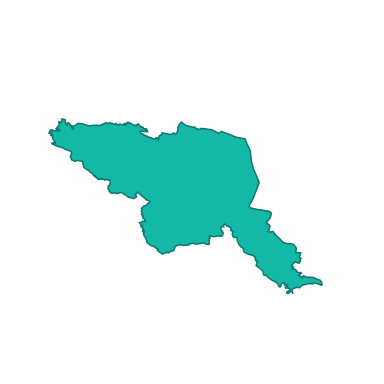 outline of Kudus, Jawa Tengah, Indonesia, rotated 291°
{"feature_id": "22746128B61967707401144", "entity_name": "Kudus", "entity_type": "district", "adm_level": 2, "iso_a3": "IDN", "parent_name": "Indonesia", "parent_adm1": "Jawa Tengah", "projection": "equal_earth", "projection_center": [110.867, -6.798], "detail": "fine", "context": "isolated", "style": "filled", "palette": "teal", "viewbox_px": 384, "rotation_deg": 291, "n_neighbors": 0, "source": "geoboundaries", "source_scale": "gbopen_adm2", "svg_char_len": 6069}
<svg xmlns="http://www.w3.org/2000/svg" viewBox="0 0 384 384"><g transform="rotate(291 192 192)"><path d="M132.7,322.4L133.9,322.2L134.5,321.9L135.0,321.3L135.4,320.9L135.6,320.3L137.8,321.0L139.4,322.2L139.5,322.9L140.5,323.8L140.5,324.6L141.1,325.2L141.1,326.8L144.4,328.2L148.2,333.6L149.4,337.4L150.5,338.3L151.2,339.8L151.4,342.8L151.2,345.8L151.6,346.5L152.3,346.6L152.3,346.3L153.5,345.9L155.6,343.3L155.4,339.2L155.7,336.3L155.4,334.8L153.7,330.1L153.7,326.1L151.3,326.0L152.2,325.2L151.9,324.0L152.2,323.5L151.9,323.4L152.2,321.3L155.5,323.2L155.8,322.3L155.1,321.2L155.0,318.0L156.0,317.7L156.4,317.2L156.9,314.3L156.2,313.9L156.3,312.9L158.4,313.3L158.3,312.7L159.7,311.4L163.9,313.4L163.6,316.6L164.0,316.7L164.0,317.5L165.5,317.9L166.4,318.0L166.7,317.4L168.8,317.6L168.9,316.7L169.4,316.8L169.7,315.2L171.6,315.6L174.1,315.4L172.8,310.5L177.0,309.5L179.5,305.8L179.4,303.9L177.9,299.4L177.6,296.2L177.8,294.7L180.0,290.2L181.5,286.1L184.2,281.7L182.4,279.1L182.5,277.0L183.6,277.7L184.3,277.1L185.3,277.6L186.0,277.0L188.0,277.1L189.0,275.7L189.9,272.3L195.7,274.2L199.9,273.9L201.3,272.9L201.5,271.0L201.2,268.7L200.0,262.6L199.1,259.8L198.2,252.1L198.4,251.3L200.1,250.3L207.9,251.4L224.2,251.4L225.2,251.0L225.4,250.8L225.1,249.5L225.5,250.8L235.8,240.9L242.1,236.4L251.4,231.6L257.9,224.9L260.6,222.6L259.0,213.4L259.2,205.5L259.0,197.5L257.3,197.0L256.7,196.3L256.6,192.6L256.9,191.8L257.1,187.8L255.0,178.8L254.4,178.1L254.4,177.4L253.8,177.4L253.2,176.5L252.7,174.2L252.8,172.6L253.5,171.6L253.5,170.9L252.7,169.6L252.7,167.2L252.4,166.7L251.9,162.5L252.6,160.6L252.3,160.1L253.5,157.4L253.1,156.7L252.0,156.7L250.4,155.8L247.1,155.7L244.8,156.7L240.8,156.6L240.3,155.2L240.4,153.4L238.4,152.2L237.9,151.2L236.6,143.1L233.9,142.8L233.7,142.0L232.3,141.3L228.5,141.9L230.2,139.7L229.9,139.0L228.7,138.7L228.0,137.9L227.7,136.5L227.9,134.7L227.7,131.6L227.9,130.9L227.6,130.3L227.9,130.2L227.7,129.7L228.1,129.0L227.7,128.3L228.2,127.5L227.9,126.2L228.5,125.5L228.6,123.1L229.4,122.0L230.3,122.1L231.0,124.1L231.1,125.7L231.7,126.6L232.4,126.9L232.1,128.0L232.4,129.0L233.6,127.9L233.4,127.4L233.6,127.1L234.4,127.2L234.5,126.4L233.6,126.1L233.7,125.5L234.1,125.0L233.7,124.0L234.6,123.5L234.8,122.3L234.3,121.3L234.9,120.9L234.7,120.1L235.3,118.9L236.2,118.2L236.2,117.4L235.7,116.8L234.9,116.6L234.6,115.8L234.0,116.1L233.9,115.2L233.4,114.4L233.8,113.7L233.4,112.4L233.9,111.6L233.8,110.5L234.2,110.3L233.8,108.8L234.4,108.1L234.1,107.1L233.6,106.5L233.4,106.6L233.2,107.5L232.9,107.1L231.4,104.1L230.9,104.2L231.0,105.2L230.7,105.9L230.5,105.7L230.1,103.9L229.7,103.7L229.5,100.1L228.7,100.0L228.1,98.6L228.6,96.3L227.6,95.6L227.7,94.9L227.2,94.4L227.4,93.0L227.0,91.5L227.3,90.6L226.1,88.8L225.9,87.0L225.4,87.0L224.2,85.0L223.0,84.6L222.5,83.3L221.4,82.7L219.1,76.3L217.4,73.3L216.7,71.3L216.4,65.2L215.3,61.2L211.4,58.4L211.0,57.9L210.8,56.8L209.5,58.3L208.4,58.7L208.1,58.1L208.7,57.0L210.8,54.9L212.4,52.0L211.9,51.2L209.8,51.5L210.6,49.8L214.0,47.7L213.6,44.3L212.6,45.0L211.7,45.1L211.3,44.6L210.8,45.0L209.6,45.0L209.9,43.5L209.7,42.5L206.9,44.1L202.5,42.3L202.0,43.2L202.8,44.6L202.8,45.5L202.2,46.4L201.1,45.8L200.5,42.9L199.7,41.2L199.9,40.1L199.6,37.9L197.2,37.4L195.6,37.5L195.7,38.3L197.6,39.7L196.7,40.1L194.2,39.7L194.0,40.4L195.0,41.4L194.8,41.8L193.0,42.2L191.0,43.9L189.2,47.1L188.8,47.0L188.4,45.7L188.3,44.4L187.5,43.8L186.8,43.9L186.5,50.8L187.0,55.2L186.5,58.2L186.5,64.1L185.9,65.3L184.5,65.8L181.4,65.7L181.0,66.5L178.9,68.2L178.6,71.5L180.1,73.2L181.1,76.8L181.2,78.9L176.5,81.8L175.5,84.1L175.5,86.3L175.1,86.5L175.0,88.2L174.3,88.9L173.7,90.8L173.6,92.7L173.0,93.3L172.5,94.6L172.1,94.3L171.7,95.3L172.3,96.1L171.2,97.0L171.5,97.4L171.2,97.9L171.4,98.3L170.8,98.5L170.6,99.5L170.1,99.8L171.3,102.3L172.4,102.6L172.3,103.3L171.6,103.6L172.4,104.4L171.8,106.2L173.8,108.7L173.0,109.7L173.8,111.5L169.4,112.7L168.8,112.7L167.6,111.7L166.3,112.3L165.1,112.2L164.2,113.7L163.1,114.3L162.0,116.6L162.0,117.5L163.4,120.1L163.7,122.6L165.6,124.9L166.2,126.7L164.9,133.6L164.3,134.5L164.6,135.5L164.9,139.7L167.7,141.9L168.7,140.9L168.9,140.1L172.4,141.3L168.8,151.3L168.4,151.5L168.2,155.5L167.6,156.2L167.0,156.3L165.8,154.9L164.2,154.6L162.7,153.6L161.6,152.0L158.5,150.6L157.3,151.8L156.3,151.4L154.6,152.8L153.3,152.8L153.5,153.4L153.1,153.3L152.1,154.1L152.0,154.7L151.3,154.6L151.0,155.2L150.2,155.3L149.5,157.6L147.9,158.8L147.5,158.5L147.1,156.5L145.2,155.3L144.6,153.9L143.6,155.4L143.0,155.7L143.0,157.3L142.4,157.4L141.9,156.6L141.2,157.0L140.9,159.2L139.7,159.1L139.3,160.7L138.8,161.2L138.4,161.3L137.9,159.9L137.5,159.9L137.0,161.9L135.6,161.6L133.4,163.6L132.8,165.2L128.6,168.3L127.2,173.4L127.4,175.5L126.6,179.5L126.2,181.1L125.2,180.7L124.4,182.7L123.4,186.8L124.8,187.8L126.3,189.8L126.8,191.2L126.7,191.8L129.1,193.4L130.1,195.4L130.8,195.8L133.0,196.0L133.8,195.5L136.0,196.4L138.7,199.9L138.9,202.5L140.7,207.1L141.4,207.9L143.0,208.4L142.9,208.8L144.5,211.5L144.7,214.4L148.6,221.2L148.4,224.2L149.0,226.5L150.0,226.8L153.5,224.8L155.5,225.4L156.5,224.1L157.4,224.3L157.8,225.4L157.9,227.5L158.7,229.8L160.0,231.0L161.1,235.1L162.3,236.2L165.2,235.6L167.2,232.8L168.1,232.0L169.2,231.6L170.3,232.1L170.8,234.0L173.2,233.4L173.7,234.2L173.7,235.0L172.7,237.0L172.9,238.2L172.7,240.8L170.7,242.1L170.0,241.9L169.8,242.4L170.1,243.9L169.7,244.8L167.3,244.6L165.4,245.8L164.6,247.7L165.7,249.8L165.6,250.4L163.1,251.6L160.8,253.5L158.4,256.9L157.9,259.8L155.0,261.9L154.5,262.7L154.0,267.6L154.7,271.0L153.9,273.9L152.8,274.9L151.6,275.3L150.9,276.2L150.8,277.3L150.4,277.1L149.9,278.1L146.2,278.3L144.0,285.8L143.1,286.8L140.3,288.5L140.2,289.4L140.8,291.6L139.6,293.7L138.5,297.3L137.9,302.8L136.9,304.9L134.7,307.5L135.0,308.3L135.8,308.6L138.7,308.4L139.4,309.1L139.5,309.7L140.5,310.4L140.1,311.0L138.2,311.7L139.5,313.9L139.4,314.8L138.1,314.6L137.1,313.3L136.2,313.4L135.9,314.1L137.0,316.2L136.4,317.9L135.9,318.2L134.9,318.3L133.1,316.5L132.0,316.4L131.6,316.8L131.6,318.1L133.9,319.4L134.9,320.6L135.0,321.1L134.5,321.8L132.7,322.4Z" fill="#14b8a6" stroke="#0f766e" stroke-width="1.5"/></g></svg>